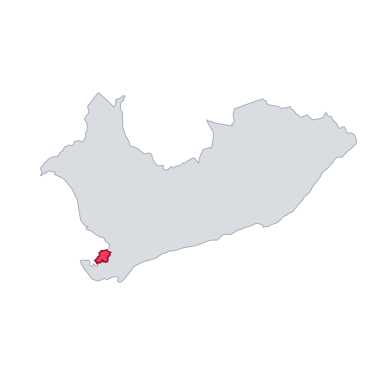 location of Ayabaca, Piura, Peru, rotated 280°
{"feature_id": "86281439B3265311261772", "entity_name": "Ayabaca", "entity_type": "district", "adm_level": 2, "iso_a3": "PER", "parent_name": "Peru", "parent_adm1": "Piura", "projection": "mercator", "projection_center": [-79.898, -4.698], "detail": "fine", "context": "in_parent", "style": "filled", "palette": "rose", "viewbox_px": 384, "rotation_deg": 280, "n_neighbors": 0, "source": "geoboundaries", "source_scale": "gbopen_adm2", "svg_char_len": 6833}
<svg xmlns="http://www.w3.org/2000/svg" viewBox="0 0 384 384"><g transform="rotate(280 192 192)"><path d="M275.0,107.9L274.9,108.9L273.6,109.5L272.3,108.7L270.5,108.9L267.8,106.4L261.3,106.8L258.4,109.7L254.1,110.4L249.4,111.7L244.1,112.3L235.7,116.9L233.8,118.8L230.0,121.6L226.9,122.5L225.4,131.0L222.4,135.9L221.2,138.6L222.9,142.7L222.8,144.7L221.1,146.3L219.7,146.5L216.9,148.2L212.6,152.0L211.8,154.9L213.2,158.7L212.8,159.1L209.2,159.8L209.3,162.0L208.6,162.8L211.6,165.8L213.2,166.5L213.3,167.3L213.0,168.1L212.4,168.4L212.3,169.1L214.5,171.4L216.1,175.9L219.2,178.1L219.2,179.6L220.1,181.0L221.7,182.1L225.5,186.7L225.6,188.8L221.6,193.6L228.1,193.6L235.3,195.3L236.3,196.1L237.2,198.3L237.3,199.7L238.7,200.9L238.5,203.5L248.0,203.6L254.1,202.9L264.0,194.8L265.5,194.1L264.7,195.8L264.6,197.1L265.1,198.5L264.0,200.5L263.9,220.4L265.7,219.3L268.0,221.2L269.7,221.3L275.1,219.0L281.4,219.4L296.1,245.4L294.8,247.2L294.9,248.6L293.1,249.7L291.2,251.8L291.2,262.2L289.7,265.4L290.5,267.0L291.3,270.3L292.7,272.4L293.0,273.6L292.9,274.1L290.8,275.3L290.7,277.2L287.0,280.9L286.4,283.4L285.0,284.3L284.7,287.1L288.1,291.8L285.9,294.6L284.0,298.7L287.3,307.4L288.7,308.6L290.1,308.5L292.3,309.3L293.5,310.6L290.8,312.3L290.4,313.0L290.6,315.8L287.6,318.0L283.7,323.5L282.6,323.8L280.6,325.4L280.3,326.3L280.6,327.1L282.3,328.7L282.5,330.7L279.6,333.2L277.6,333.4L276.9,334.1L277.7,337.5L277.7,339.1L277.1,340.8L275.7,342.8L271.4,344.9L267.6,345.2L261.0,340.1L258.9,338.1L252.4,333.7L251.4,329.2L249.2,327.0L245.2,325.4L242.1,323.1L239.7,322.0L233.8,317.0L228.5,315.4L218.5,310.0L213.1,308.3L206.2,303.3L202.5,302.0L199.5,299.7L190.5,294.8L189.0,293.2L187.7,290.8L185.7,289.3L183.4,286.0L180.0,284.1L176.8,281.5L172.8,274.6L171.0,273.0L170.8,269.9L169.5,268.4L171.5,267.4L172.7,262.5L172.0,260.1L167.5,253.6L166.6,250.9L163.3,245.9L162.0,242.9L159.4,240.7L158.2,238.8L156.8,238.0L156.7,235.7L155.7,231.3L154.2,229.1L148.9,225.0L148.3,220.6L147.2,217.5L139.8,204.9L135.5,193.0L131.9,186.3L130.4,182.5L130.3,180.4L127.6,176.9L126.2,173.6L120.2,167.4L116.7,160.5L116.2,158.5L113.8,154.7L110.0,149.7L108.1,147.7L96.6,141.7L91.1,137.9L90.5,136.0L90.8,134.9L92.0,133.9L93.6,134.7L94.6,134.4L95.4,133.0L95.4,131.0L94.4,128.3L90.7,123.2L91.7,120.9L87.9,115.0L88.8,109.3L89.6,107.8L95.2,102.0L96.8,99.5L99.2,98.0L101.6,95.7L104.6,93.9L105.4,94.5L106.3,97.6L106.2,99.7L107.0,101.9L104.9,104.0L102.7,103.6L101.9,104.1L101.5,105.1L101.9,106.7L102.5,107.3L104.1,107.4L101.9,110.5L102.0,111.1L103.6,111.6L105.1,110.8L106.7,109.1L107.6,108.8L113.3,111.8L115.9,111.5L117.9,112.9L118.1,115.0L120.9,119.3L125.1,120.3L125.8,120.0L126.8,118.4L127.7,118.1L127.9,115.7L131.5,113.2L132.1,111.5L131.6,110.3L131.6,109.3L133.8,103.7L134.4,103.2L135.1,101.4L135.9,100.3L137.1,94.0L138.1,94.1L139.1,95.5L140.2,95.1L139.6,93.7L139.8,93.2L143.8,88.3L145.1,87.2L164.6,80.3L174.3,73.2L182.8,63.3L185.5,53.3L186.5,54.0L188.1,53.8L187.5,49.7L187.9,47.8L187.8,47.2L185.2,44.8L184.1,42.2L181.8,40.7L181.9,40.1L184.3,40.7L186.6,40.4L188.5,38.8L189.9,38.9L193.1,41.2L195.4,41.4L196.2,43.0L198.5,44.2L201.8,47.7L203.2,51.4L203.1,52.1L204.6,54.1L207.7,55.0L210.9,57.8L214.2,58.6L215.6,61.2L216.5,62.0L217.0,63.4L216.4,65.1L216.9,66.0L219.3,67.5L221.4,67.5L221.8,68.2L223.0,72.3L222.2,74.4L222.5,75.6L225.3,76.6L226.1,77.5L228.2,77.7L231.2,76.8L235.0,78.1L237.9,77.6L239.3,77.3L240.7,76.4L241.8,76.4L244.8,73.7L245.6,73.5L248.8,74.7L251.5,76.5L254.8,76.2L256.1,75.0L258.5,74.4L262.8,76.6L263.8,77.7L265.0,77.9L269.6,80.1L270.4,81.0L272.9,81.8L273.4,82.6L273.2,83.4L262.3,100.4L265.7,101.8L268.9,100.9L270.5,102.0L271.7,104.8L274.2,106.6L275.0,107.9Z" fill="#d9dde1" stroke="#a8b0b8" stroke-width="1"/><path d="M120.0,117.7L119.9,117.6L119.6,117.0L119.6,116.9L119.4,116.4L119.3,116.2L119.2,116.0L119.0,115.8L118.9,115.6L118.9,115.4L118.8,115.2L118.7,114.8L118.7,114.7L118.3,114.3L118.3,113.7L118.2,113.5L118.3,113.4L118.5,113.4L118.4,113.0L118.4,112.8L118.3,112.7L118.2,112.6L117.9,112.5L117.5,112.7L117.4,112.6L117.3,112.4L117.2,112.4L117.0,112.2L116.9,112.2L116.7,111.9L116.6,111.7L116.4,111.5L116.3,111.4L116.2,111.4L116.0,111.2L115.9,111.2L115.7,111.1L115.4,111.3L115.2,111.4L115.0,111.5L114.8,111.6L114.6,111.7L114.4,111.7L114.1,111.9L113.8,112.0L113.6,112.0L113.4,112.1L113.2,112.0L112.9,112.0L112.9,111.9L112.7,111.8L112.7,111.7L112.4,111.5L112.3,111.4L112.3,111.1L112.2,111.0L112.2,110.9L111.9,110.7L111.7,110.6L111.4,110.4L111.2,110.3L111.1,110.5L110.9,110.5L110.7,110.4L110.6,110.5L110.5,110.4L110.4,110.4L110.3,110.2L110.2,110.2L109.9,110.1L109.7,109.9L109.4,109.7L109.2,109.5L109.0,109.4L108.9,109.2L108.7,109.1L108.5,108.9L108.4,108.9L108.2,108.8L107.9,108.8L107.7,108.8L107.7,108.7L107.5,108.9L107.4,108.9L107.4,109.0L107.2,108.9L107.2,108.7L107.1,108.8L107.0,109.0L106.9,109.1L106.8,109.3L106.8,109.5L106.6,109.5L106.5,109.8L106.4,109.9L106.3,110.0L106.2,110.2L106.1,110.3L105.8,110.4L105.8,110.6L105.7,110.6L105.6,110.8L105.4,110.6L105.2,110.8L105.1,111.0L105.3,111.0L105.5,111.2L105.8,111.2L106.0,111.3L106.0,111.2L105.9,111.1L106.0,111.2L106.1,111.3L106.2,111.5L106.3,111.5L106.2,111.8L106.3,111.8L106.2,111.8L106.3,111.9L106.4,112.0L106.4,112.3L106.2,112.4L106.3,112.6L106.2,112.7L106.3,112.8L106.4,113.0L106.5,113.0L106.6,113.3L106.5,113.6L106.3,113.7L106.3,113.8L106.5,114.0L106.9,113.9L107.0,113.9L107.3,113.9L107.5,114.1L107.6,114.4L107.5,114.5L107.8,114.8L107.8,115.0L108.0,115.1L108.2,114.9L108.3,114.9L108.5,114.9L108.9,114.8L109.1,114.8L109.3,114.8L109.5,114.9L109.6,115.0L109.8,115.1L109.8,115.4L109.7,115.4L109.6,115.5L109.5,115.8L109.4,115.9L109.2,116.0L108.9,116.1L108.6,116.0L108.4,116.2L108.3,116.3L108.5,116.5L108.6,116.8L108.5,117.1L108.0,117.2L108.1,117.4L108.2,117.5L108.3,117.8L108.3,118.0L108.3,118.3L108.0,118.5L107.9,118.7L108.1,118.8L108.1,119.0L108.2,119.3L108.3,119.3L108.6,119.5L108.4,120.0L108.5,120.1L108.5,120.4L108.5,120.5L108.8,120.6L109.0,120.7L109.2,120.8L109.3,120.9L109.5,120.8L109.8,120.8L109.9,120.7L110.0,120.7L110.1,120.9L110.4,120.9L110.5,121.0L110.9,121.0L111.0,120.9L111.3,120.8L111.5,120.7L111.6,120.4L111.8,120.3L111.8,120.2L112.0,120.1L112.1,119.9L112.3,119.7L112.4,119.9L112.4,120.0L112.5,120.0L112.7,120.4L112.8,120.3L113.0,120.4L113.4,120.3L113.5,120.4L113.6,120.5L113.8,120.8L114.0,120.9L114.3,120.8L114.3,121.2L114.4,121.4L114.5,121.4L114.6,121.5L114.8,121.6L115.0,121.8L115.2,122.0L115.3,122.0L115.6,122.0L115.8,122.2L116.1,122.1L116.5,121.9L116.5,121.7L116.6,121.4L116.8,121.5L117.0,121.6L117.4,121.7L117.5,121.8L117.8,121.9L118.2,122.2L118.3,122.3L118.3,122.2L118.2,122.1L118.3,122.0L118.3,121.9L118.4,121.7L118.5,121.5L118.6,121.3L118.5,121.2L118.4,120.9L118.6,120.6L118.6,120.4L118.7,120.0L118.7,119.9L118.9,119.8L118.9,119.7L118.9,119.3L119.0,119.2L119.3,119.2L119.6,118.9L119.8,118.6L120.0,118.1L119.9,118.0L119.9,117.9L120.0,117.7Z" fill="#f43f5e" stroke="#9f1239" stroke-width="1.5"/></g></svg>